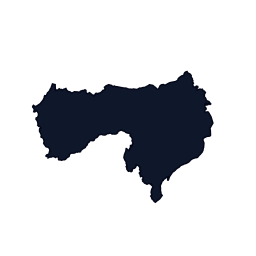 the district of Nicoya, Guanacaste, Costa Rica, rotated 58°
{"feature_id": "36466004B54508558874137", "entity_name": "Nicoya", "entity_type": "district", "adm_level": 2, "iso_a3": "CRI", "parent_name": "Costa Rica", "parent_adm1": "Guanacaste", "projection": "robinson", "projection_center": [-85.463, 10.103], "detail": "fine", "context": "isolated", "style": "filled", "palette": "ink", "viewbox_px": 256, "rotation_deg": 58, "n_neighbors": 0, "source": "geoboundaries", "source_scale": "gbopen_adm2", "svg_char_len": 5871}
<svg xmlns="http://www.w3.org/2000/svg" viewBox="0 0 256 256"><g transform="rotate(58 128 128)"><path d="M187.7,77.9L186.4,76.0L185.7,75.6L184.4,74.1L181.0,71.6L178.2,71.0L176.8,70.0L176.6,69.7L176.8,66.3L177.2,64.9L178.2,62.9L177.9,61.9L174.1,59.7L171.6,58.6L168.8,53.4L162.5,51.7L157.2,51.5L156.6,51.8L155.6,54.1L154.5,54.1L154.1,54.0L153.6,53.4L153.5,52.0L153.2,51.7L152.6,51.3L150.6,51.6L149.0,50.7L148.3,49.9L148.3,48.8L148.9,48.4L149.5,49.9L149.9,49.7L150.6,47.8L149.8,46.9L151.5,46.0L151.4,45.1L148.4,45.4L147.1,46.5L146.0,46.8L145.3,46.8L143.9,46.4L141.5,46.7L140.9,46.0L139.7,45.1L139.0,43.6L137.3,43.7L136.4,44.4L134.4,44.5L134.2,45.5L133.3,46.2L132.8,47.2L132.8,49.1L132.7,49.3L132.2,49.3L131.2,48.8L130.3,47.0L129.6,46.9L129.2,47.6L128.7,47.9L128.8,48.5L129.3,49.1L129.1,49.7L128.5,49.8L127.9,50.7L127.3,51.0L126.4,50.3L125.2,50.1L124.7,48.8L122.9,48.8L122.2,47.9L121.1,47.9L120.5,47.4L118.0,47.4L116.9,46.6L115.5,46.7L114.8,47.0L112.8,48.2L111.4,48.0L111.1,49.0L111.1,50.4L111.7,51.5L112.8,52.7L112.8,53.2L112.3,54.7L112.4,57.3L112.7,59.0L113.9,60.6L113.9,62.1L113.8,63.1L111.8,68.3L111.6,69.7L111.4,73.6L111.0,74.2L110.9,74.7L110.3,74.6L110.0,74.8L109.2,76.4L109.1,77.1L109.2,78.3L110.8,80.9L111.0,82.0L110.5,82.7L110.0,83.0L108.1,83.2L106.8,84.0L105.9,84.0L105.6,84.3L105.0,84.4L102.7,86.9L102.8,89.2L102.6,90.1L102.6,92.0L101.8,93.5L101.0,96.1L100.3,97.0L100.2,99.5L99.8,100.4L97.8,102.7L97.3,104.3L96.4,105.2L95.9,106.3L95.2,106.8L94.8,107.7L93.9,107.9L92.9,108.8L91.8,110.6L91.1,111.0L91.0,111.9L90.2,112.2L86.9,115.8L86.3,116.7L85.1,117.4L84.9,119.1L83.3,119.3L81.0,121.5L80.8,123.5L80.6,124.0L81.0,126.4L82.0,126.6L82.2,126.4L82.7,126.4L83.1,127.0L83.2,127.8L83.2,128.6L82.8,129.1L82.8,129.5L83.3,130.7L83.6,133.0L83.0,134.1L83.4,135.5L82.8,135.9L82.2,135.9L81.6,136.8L81.7,137.5L82.2,137.8L82.1,138.3L82.7,139.2L82.6,140.1L81.6,140.1L81.1,141.1L80.2,140.9L78.8,141.6L77.7,141.8L77.5,144.1L76.5,144.9L75.4,144.7L74.0,143.8L73.5,143.8L72.8,144.3L72.8,145.5L72.0,147.0L71.9,148.2L71.6,148.7L71.7,149.3L72.1,149.6L72.0,150.1L71.6,150.9L70.9,151.4L69.6,153.3L68.9,154.1L68.7,156.8L68.0,157.5L66.8,158.0L65.2,159.5L63.0,160.0L61.6,159.7L61.4,160.2L61.4,161.4L61.0,162.2L61.1,163.9L60.1,164.0L59.7,164.7L59.1,165.3L58.3,165.5L58.6,167.8L58.0,169.4L57.4,169.4L57.0,168.8L56.4,169.0L52.6,166.8L50.6,168.7L53.4,172.2L53.9,173.4L54.9,174.9L55.5,176.6L55.5,177.5L57.2,179.9L57.1,181.2L56.5,181.3L56.5,181.6L57.0,182.3L57.8,182.8L59.4,185.3L60.9,189.7L61.0,194.2L60.8,194.9L60.0,195.7L58.7,196.1L58.8,196.6L59.3,197.5L59.7,197.7L61.5,197.5L62.9,197.8L64.2,199.3L65.0,198.5L64.8,197.7L64.3,197.3L64.5,196.9L65.4,196.5L65.6,196.1L68.1,196.2L69.9,197.3L70.2,197.7L71.2,199.4L71.2,200.1L70.8,200.4L70.9,200.6L71.9,201.4L72.8,201.2L74.4,201.2L77.2,202.3L77.8,203.1L79.3,202.8L80.4,201.9L81.6,201.9L82.0,202.3L81.8,203.0L81.9,203.4L82.2,203.7L82.9,203.8L83.6,204.7L87.2,205.0L88.5,205.5L89.1,206.3L89.6,206.5L90.1,206.4L90.5,205.7L91.0,205.5L92.9,205.5L95.1,206.3L96.2,207.6L97.9,207.7L98.6,207.5L100.2,207.5L100.8,207.2L101.3,206.5L102.8,205.5L104.9,205.8L106.0,206.4L106.4,207.1L108.2,208.9L108.2,209.6L107.7,211.1L108.2,212.4L108.7,212.4L110.0,211.1L111.0,211.6L111.1,210.7L110.8,210.3L112.0,208.5L112.1,207.4L112.4,206.6L112.9,206.2L113.1,205.7L114.5,205.2L114.5,204.3L115.2,202.6L116.7,202.8L117.6,203.5L118.4,203.5L119.2,202.1L120.0,201.7L120.7,199.5L121.1,198.7L121.3,198.6L121.4,197.5L120.8,195.6L120.9,193.2L120.5,192.6L119.6,191.9L119.2,190.9L119.2,189.5L120.4,187.5L120.9,186.4L121.0,184.2L121.7,183.7L121.7,182.8L122.7,181.6L122.9,180.8L121.8,179.7L122.0,179.0L121.7,178.1L121.8,174.6L121.0,173.3L120.7,171.7L119.3,169.9L119.4,168.7L118.6,167.0L118.9,166.1L120.3,164.3L120.4,163.3L119.1,161.3L119.5,159.8L119.5,159.1L119.1,157.8L118.6,157.0L118.6,155.7L119.5,153.5L120.5,153.0L121.7,151.3L121.9,150.3L121.7,148.8L122.5,147.2L122.7,146.0L123.3,145.3L124.7,144.7L125.5,143.1L125.9,142.8L126.7,141.3L126.6,139.5L125.6,138.2L126.1,134.8L127.8,133.7L129.2,132.5L130.6,132.2L132.3,130.8L132.9,129.9L133.9,129.4L134.7,129.4L135.7,130.4L136.5,130.0L138.7,129.8L140.5,130.6L141.0,131.4L143.0,131.6L143.9,131.9L143.9,132.6L144.5,133.3L145.4,133.8L145.7,134.2L145.5,135.0L144.3,134.8L144.2,135.2L146.1,136.4L146.1,137.1L146.5,137.7L147.6,138.5L147.8,138.9L147.8,139.2L147.1,139.2L146.3,139.8L144.9,140.1L144.5,140.4L144.6,140.6L146.4,142.0L148.7,145.1L150.7,147.0L151.2,147.2L153.6,147.6L155.8,147.5L157.2,148.4L158.5,148.5L158.9,148.9L159.7,149.0L159.8,150.0L161.4,150.1L162.1,150.8L164.9,150.6L165.2,149.5L166.7,148.5L166.7,147.4L165.1,145.9L165.1,145.1L165.5,144.0L165.4,142.6L164.6,141.8L164.4,140.7L163.6,140.7L164.3,139.4L165.8,139.2L166.4,138.7L167.2,139.0L168.4,138.9L168.8,139.3L169.0,139.9L169.6,140.3L170.8,140.0L171.5,140.1L171.8,140.7L171.8,141.8L172.6,142.4L173.1,142.4L173.2,141.9L175.3,143.0L176.0,143.0L176.0,141.7L178.4,141.3L178.8,141.8L179.1,142.9L180.0,142.5L180.6,143.7L181.1,143.7L182.3,143.2L183.4,143.2L184.3,142.5L185.5,141.9L185.8,141.5L185.8,140.5L186.2,139.6L186.7,139.0L187.5,138.8L187.9,137.9L188.2,137.8L188.8,138.4L190.3,137.9L191.1,137.9L191.5,138.3L191.7,138.9L192.6,140.4L194.8,142.5L197.2,143.2L197.8,144.8L199.3,144.7L200.7,145.3L201.6,144.8L203.5,144.8L205.4,144.2L205.3,142.6L205.0,142.0L205.1,140.8L204.8,138.5L203.4,135.0L203.2,134.7L202.0,135.0L200.9,134.8L200.2,134.3L198.5,133.8L196.0,132.2L194.8,131.7L193.4,130.6L192.9,129.5L191.2,127.3L191.1,126.0L190.6,126.1L190.5,125.9L190.5,123.9L190.3,121.8L190.7,119.5L191.0,119.6L192.0,121.2L193.2,121.9L193.5,121.6L193.1,120.8L192.4,120.1L191.1,118.4L189.5,114.6L188.9,113.7L189.1,112.6L188.8,110.3L188.4,109.2L188.4,108.6L188.2,107.8L188.3,105.4L187.8,103.8L187.8,102.4L188.2,100.7L188.3,98.9L188.8,97.8L189.0,95.4L189.0,94.3L188.3,91.7L188.2,89.8L188.9,86.6L189.5,85.5L189.7,84.6L188.7,81.7L188.7,81.1L187.7,77.9Z" fill="#0f172a" stroke="#020617" stroke-width="1.5"/></g></svg>